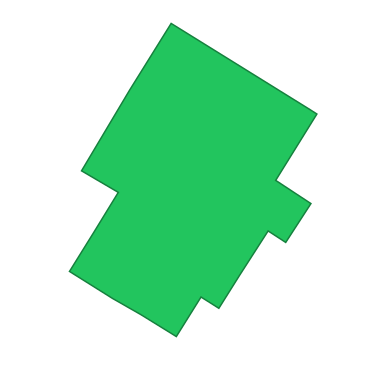 the district of Saginaw, Michigan, United States of America, rotated 122°
{"feature_id": "52423323B53952262882470", "entity_name": "Saginaw", "entity_type": "district", "adm_level": 2, "iso_a3": "USA", "parent_name": "United States of America", "parent_adm1": "Michigan", "projection": "robinson", "projection_center": [-83.982, 43.349], "detail": "fine", "context": "isolated", "style": "filled", "palette": "green", "viewbox_px": 384, "rotation_deg": 122, "n_neighbors": 0, "source": "geoboundaries", "source_scale": "gbopen_adm2", "svg_char_len": 394}
<svg xmlns="http://www.w3.org/2000/svg" viewBox="0 0 384 384"><g transform="rotate(122 192 192)"><path d="M232.6,296.9L231.4,254.3L277.6,253.9L324.3,253.8L324.4,203.0L323.1,170.6L322.9,128.7L276.3,128.7L276.4,107.6L237.6,107.5L184.7,106.8L185.1,85.8L138.8,85.0L137.8,127.2L59.7,127.4L59.6,135.0L60.1,299.0L138.7,298.9L232.6,296.9Z" fill="#22c55e" stroke="#15803d" stroke-width="1.5"/></g></svg>